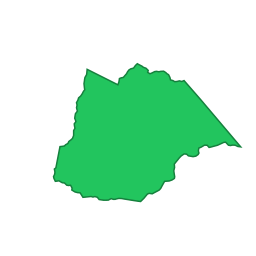 Capinzal do Norte, Maranhão, Brazil, rotated 61°
{"feature_id": "56859067B19446581324934", "entity_name": "Capinzal do Norte", "entity_type": "district", "adm_level": 2, "iso_a3": "BRA", "parent_name": "Brazil", "parent_adm1": "Maranhão", "projection": "orthographic", "projection_center": [-44.307, -4.686], "detail": "fine", "context": "isolated", "style": "filled", "palette": "green", "viewbox_px": 256, "rotation_deg": 61, "n_neighbors": 0, "source": "geoboundaries", "source_scale": "gbopen_adm2", "svg_char_len": 2029}
<svg xmlns="http://www.w3.org/2000/svg" viewBox="0 0 256 256"><g transform="rotate(61 128 128)"><path d="M128.2,212.3L131.2,213.3L133.0,214.7L134.4,216.7L136.2,217.2L139.4,217.4L140.1,215.7L140.7,214.0L142.6,212.9L144.0,212.0L145.3,210.2L148.3,209.3L149.4,208.0L150.2,206.0L153.4,206.0L155.0,207.2L158.2,205.4L160.1,203.4L161.5,201.3L166.8,201.0L170.0,193.5L171.4,192.1L171.9,190.2L173.7,188.4L176.6,187.9L179.2,184.5L180.4,182.4L181.5,180.2L181.6,177.0L183.2,175.5L184.1,173.9L184.5,172.1L185.1,170.1L186.7,167.6L188.3,165.7L189.3,164.4L191.0,162.2L192.3,160.6L195.1,157.0L197.1,154.4L198.4,152.6L197.2,148.2L195.2,143.1L195.4,141.2L197.3,138.7L197.3,136.4L197.4,132.7L197.4,130.7L196.7,128.7L195.2,126.4L192.4,121.9L193.1,120.3L194.3,117.7L194.8,114.7L194.6,111.9L193.3,110.8L190.2,109.7L187.6,108.7L185.1,106.4L182.0,105.0L179.0,97.6L178.2,95.0L177.9,91.5L179.3,89.4L181.6,88.7L184.6,85.0L185.5,82.3L185.2,79.6L184.3,78.1L182.2,77.6L179.9,75.8L180.2,73.6L180.1,69.4L181.5,67.1L184.3,66.5L184.8,64.9L185.6,61.6L186.5,58.0L187.0,51.3L187.7,49.5L191.7,48.5L193.0,46.9L193.6,44.9L195.0,42.6L197.4,40.9L199.1,38.6L138.4,50.7L113.7,56.0L113.4,58.4L111.7,60.2L111.1,62.5L110.1,64.7L108.2,65.8L106.6,67.5L104.0,66.8L101.0,66.7L99.5,67.6L97.8,68.1L95.6,69.3L94.3,72.0L93.8,73.7L92.2,75.7L91.6,77.4L91.5,80.2L91.2,82.5L88.9,83.8L87.4,82.4L84.4,83.3L82.4,85.1L80.7,85.8L78.2,87.5L76.3,88.7L76.9,91.1L78.3,94.1L77.6,96.9L77.7,99.1L78.7,101.3L79.8,102.9L80.7,105.4L81.5,107.5L80.8,109.8L80.6,111.5L82.3,112.8L83.5,113.8L85.3,115.9L56.9,135.3L59.7,137.2L61.3,138.4L62.9,141.1L64.3,142.3L65.7,143.3L67.9,145.0L71.9,146.7L73.6,147.3L74.3,149.1L75.9,151.5L77.1,153.9L77.7,156.6L79.4,158.4L80.9,160.8L83.2,161.4L85.3,163.2L88.7,164.1L90.0,167.0L91.7,168.4L93.7,169.9L95.5,170.1L97.2,170.5L98.3,173.0L100.2,173.8L102.5,174.5L103.9,176.8L105.7,177.8L108.2,179.2L110.2,181.6L110.7,183.6L111.1,186.3L112.4,188.1L112.4,190.7L112.9,192.3L112.3,194.1L111.3,196.5L127.9,210.4L128.2,212.3Z" fill="#22c55e" stroke="#15803d" stroke-width="1.5"/></g></svg>